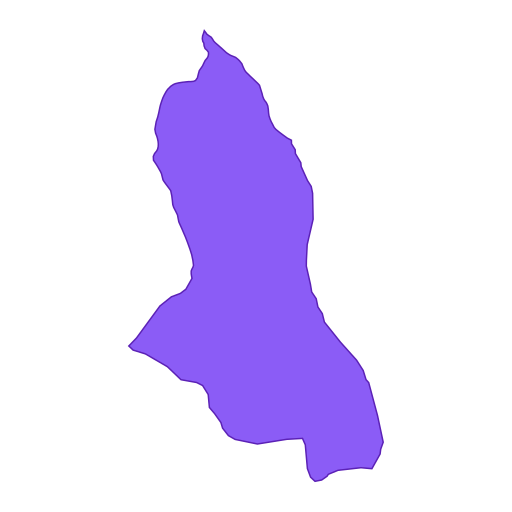 Sumpango, Sacatepéquez, Guatemala
{"feature_id": "79465075B37174278421226", "entity_name": "Sumpango", "entity_type": "district", "adm_level": 2, "iso_a3": "GTM", "parent_name": "Guatemala", "parent_adm1": "Sacatepéquez", "projection": "albers", "projection_center": [-90.752, 14.664], "detail": "fine", "context": "isolated", "style": "filled", "palette": "violet", "viewbox_px": 512, "rotation_deg": 0, "n_neighbors": 0, "source": "geoboundaries", "source_scale": "gbopen_adm2", "svg_char_len": 2407}
<svg xmlns="http://www.w3.org/2000/svg" viewBox="0 0 512 512"><path d="M383.2,442.2L377.5,415.5L368.7,382.6L366.0,379.6L363.2,370.5L356.6,360.2L340.3,342.0L324.4,322.1L322.3,313.6L317.9,307.0L316.2,298.7L311.7,292.0L310.4,284.1L306.3,266.1L306.4,260.1L307.2,244.6L313.1,219.3L312.6,193.3L311.2,186.4L307.5,180.6L301.2,166.6L300.8,162.7L295.4,153.6L295.2,149.7L291.5,143.8L291.4,140.2L287.3,138.1L283.2,135.1L279.7,132.5L276.0,129.5L274.2,127.5L272.8,124.7L271.1,121.5L270.0,118.8L269.0,115.8L268.6,113.1L268.3,109.3L267.8,106.0L267.1,104.2L266.1,102.3L264.8,100.7L263.8,99.1L262.7,96.3L262.1,93.7L261.1,90.5L259.5,85.3L258.0,83.6L255.9,81.6L253.1,78.9L250.2,76.2L248.2,74.2L246.9,73.0L245.6,71.6L244.6,70.1L243.5,67.8L242.6,65.7L241.9,63.8L239.6,60.9L238.2,59.5L235.6,57.4L233.7,56.6L230.7,55.4L229.1,54.5L226.4,52.7L222.6,49.2L218.1,45.2L215.2,42.7L213.8,41.2L212.4,38.9L211.2,37.2L208.6,35.5L206.8,34.1L205.8,32.6L204.3,30.7L203.5,33.4L202.6,35.9L202.3,38.8L202.8,41.4L203.8,43.1L204.1,45.9L205.1,48.6L206.8,50.1L208.4,52.1L208.5,54.1L208.1,56.4L207.1,58.2L205.2,60.4L203.8,63.2L202.6,65.8L201.6,67.3L199.3,70.6L198.4,73.8L197.4,77.9L195.5,80.5L193.7,81.3L190.9,81.6L188.6,81.6L182.2,82.3L178.5,82.9L175.2,83.7L173.4,84.5L170.7,86.3L167.7,89.3L166.0,91.8L164.3,94.9L162.9,97.8L161.7,101.1L160.5,104.8L160.0,106.8L158.8,112.6L157.7,117.1L156.2,121.7L155.4,126.3L154.9,129.3L155.6,133.2L156.8,136.2L157.5,138.6L158.1,141.6L158.3,144.0L158.2,146.6L157.6,149.1L156.7,150.9L154.6,153.5L153.3,156.4L153.5,160.3L154.7,162.0L156.8,165.2L158.0,167.2L158.9,168.8L160.5,171.6L161.5,173.8L162.2,176.6L163.0,179.9L164.0,181.5L165.8,184.0L167.1,185.7L170.7,190.6L171.8,195.9L172.4,200.8L172.6,202.9L172.8,204.7L173.7,207.4L176.1,212.1L177.5,215.0L178.2,218.8L178.8,221.8L179.6,223.7L181.7,228.3L185.6,237.4L187.6,242.6L190.0,249.3L191.7,254.7L192.9,260.5L193.5,265.4L192.9,267.3L191.9,269.2L191.2,271.0L191.2,273.8L191.5,275.8L192.0,278.4L185.9,289.2L180.4,293.4L171.4,296.8L160.0,305.9L136.5,338.0L128.8,346.0L133.1,350.1L145.4,353.9L167.4,366.7L181.0,379.7L196.6,382.5L202.6,385.5L208.2,394.5L209.4,407.5L214.6,413.6L220.9,422.5L222.6,428.2L228.4,435.6L235.1,439.4L257.4,444.0L286.7,439.3L302.5,438.4L305.3,444.8L307.4,468.6L310.6,477.2L315.0,481.3L321.7,480.0L327.1,476.2L328.3,474.3L338.0,470.3L361.0,467.7L371.9,468.7L380.1,454.0L380.7,449.2L383.2,442.2Z" fill="#8b5cf6" stroke="#5b21b6" stroke-width="1.5"/></svg>